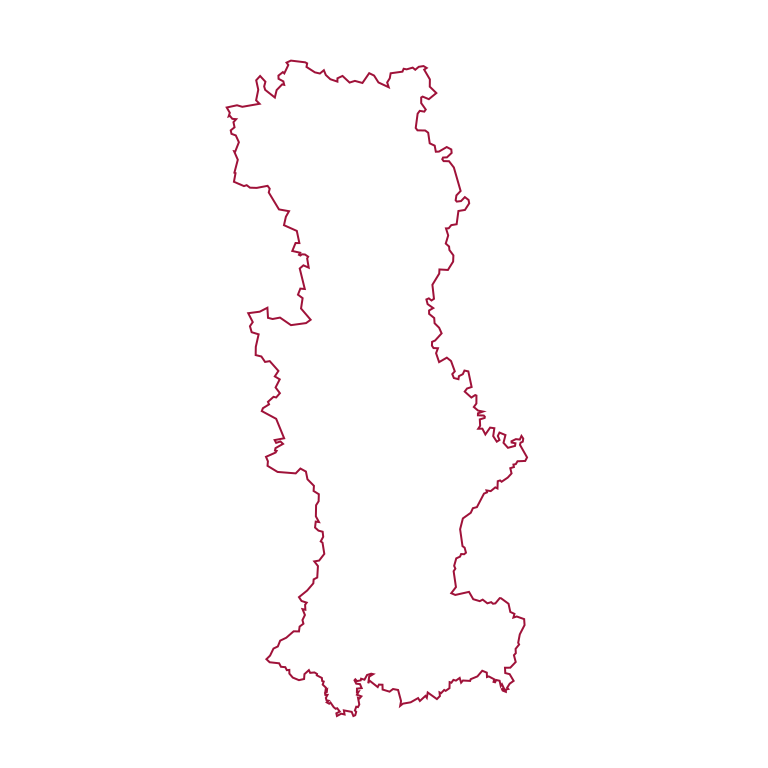 the district of Joe Gqabi, Eastern Cape, South Africa, rotated 86°
{"feature_id": "47623444B23123045321242", "entity_name": "Joe Gqabi", "entity_type": "district", "adm_level": 2, "iso_a3": "ZAF", "parent_name": "South Africa", "parent_adm1": "Eastern Cape", "projection": "robinson", "projection_center": [27.656, -30.899], "detail": "fine", "context": "isolated", "style": "outline", "palette": "rose", "viewbox_px": 768, "rotation_deg": 86, "n_neighbors": 0, "source": "geoboundaries", "source_scale": "gbopen_adm2", "svg_char_len": 6097}
<svg xmlns="http://www.w3.org/2000/svg" viewBox="0 0 768 768"><g transform="rotate(86 384 384)"><path d="M628.3,260.6L625.2,267.8L626.0,271.2L622.4,269.9L620.2,273.9L611.9,275.1L605.9,282.2L605.7,283.5L610.6,288.2L610.8,290.6L609.1,292.3L610.0,296.2L606.0,300.6L607.3,303.6L604.9,310.0L597.3,313.7L599.4,327.6L597.4,331.5L591.6,326.4L575.6,327.6L573.2,325.7L570.3,326.7L563.0,324.1L561.5,320.2L559.0,318.9L559.4,315.9L558.0,314.0L552.9,315.0L551.2,317.0L534.2,318.2L523.6,314.7L518.5,306.4L514.1,304.0L513.3,299.9L500.3,291.9L499.3,288.8L497.3,289.2L498.3,285.0L494.9,280.2L496.1,278.1L488.9,277.3L488.3,274.9L489.7,273.5L486.0,267.1L482.1,263.0L476.8,263.9L475.9,260.2L473.4,260.5L473.1,258.1L470.4,256.2L470.6,248.5L467.2,246.4L454.2,252.6L452.1,251.9L451.2,249.6L448.2,248.9L445.4,250.5L448.9,252.4L448.2,256.3L450.0,260.8L451.3,260.8L452.3,257.0L454.9,257.6L456.3,264.8L451.0,268.9L443.4,266.4L440.5,272.2L443.8,274.1L447.9,272.7L449.4,275.5L443.6,278.7L435.8,277.0L434.9,281.2L441.4,286.4L435.4,289.0L435.2,293.1L432.4,291.0L426.0,290.9L424.9,286.0L423.7,285.7L422.4,286.7L421.8,292.5L419.8,292.3L418.4,287.2L417.1,292.0L413.2,296.0L409.9,293.2L402.0,292.6L401.4,293.8L403.6,297.8L397.2,304.0L394.3,301.5L393.1,296.8L377.3,299.0L376.2,302.8L379.7,304.7L381.4,308.7L384.4,309.4L382.9,313.9L378.9,315.2L376.3,312.5L365.8,315.5L362.1,319.5L366.0,327.5L356.9,329.9L352.1,327.7L351.6,332.1L349.1,333.5L345.3,333.1L344.2,330.0L337.5,323.0L331.7,325.1L326.9,329.3L321.7,329.3L317.2,334.1L313.8,333.9L311.7,329.6L307.4,334.9L302.6,335.8L301.7,333.3L304.0,330.8L302.5,328.2L288.4,328.8L277.7,321.2L273.6,320.7L274.7,312.3L266.7,306.5L260.5,305.8L254.9,309.4L251.4,309.5L248.2,312.6L240.3,309.6L233.1,311.3L233.2,308.6L230.2,305.8L229.7,300.4L216.6,297.7L216.0,291.1L209.7,286.4L206.3,286.8L203.2,290.3L206.9,294.4L207.1,298.7L205.7,299.7L200.9,298.6L196.8,294.1L172.9,299.2L166.3,303.6L165.8,309.0L163.8,310.2L162.2,309.3L162.3,305.4L158.2,300.4L154.7,300.5L152.0,304.9L156.0,313.0L155.9,316.1L149.8,316.8L147.1,321.6L136.4,322.4L134.0,325.2L133.3,332.9L130.8,334.5L116.7,331.6L114.0,329.3L115.1,324.8L113.1,323.2L106.4,327.3L100.8,326.9L100.0,325.4L103.0,319.4L97.4,311.5L90.6,317.6L83.3,317.0L73.2,322.0L71.7,319.4L69.6,322.4L70.0,327.2L72.7,330.9L70.4,333.3L71.7,339.5L70.9,342.4L73.7,343.8L74.5,355.7L79.4,356.9L83.4,359.8L88.3,358.6L82.8,368.5L75.6,372.4L72.9,377.1L82.2,384.5L79.6,391.9L80.9,397.3L73.8,403.9L75.8,409.1L79.1,409.4L76.2,416.3L71.7,420.5L66.8,422.1L69.8,426.3L68.3,431.2L62.3,439.2L58.8,438.3L57.6,440.2L54.9,454.3L56.6,458.8L59.1,457.2L67.2,461.8L65.8,463.1L69.0,467.8L72.2,467.9L75.1,463.3L78.6,462.7L78.0,464.7L83.3,470.6L90.6,472.9L82.3,482.0L78.8,482.8L74.2,481.2L68.1,486.1L72.1,490.3L81.7,488.9L92.1,491.8L95.8,488.6L97.6,506.0L95.7,511.2L97.2,521.6L102.7,518.9L106.2,520.3L105.8,519.0L108.9,516.8L109.5,513.0L112.3,515.9L117.5,515.2L120.3,519.2L123.8,518.7L125.7,514.5L132.7,511.9L141.7,516.2L141.4,517.3L150.1,514.2L162.8,518.5L163.3,517.4L171.8,519.6L176.8,509.9L176.1,507.1L178.8,504.0L179.5,497.3L178.2,486.3L181.2,484.4L184.9,485.6L202.5,476.6L205.0,466.7L210.3,470.2L218.6,472.7L225.2,460.3L237.5,458.6L237.2,462.4L244.9,466.2L247.2,458.5L249.2,459.8L250.0,458.4L248.9,456.9L249.3,453.8L251.7,450.8L253.4,451.9L262.7,451.0L260.0,456.1L262.9,460.0L283.7,456.4L283.0,460.8L288.9,463.6L292.7,459.2L302.9,461.5L314.8,452.7L317.8,457.5L318.8,472.7L310.5,483.1L311.4,490.6L309.9,495.1L299.8,495.0L303.2,502.9L303.9,514.5L313.1,510.6L317.0,513.7L323.1,512.4L325.7,505.6L338.0,509.3L346.2,510.0L348.0,504.4L353.7,501.1L353.2,496.4L363.6,488.4L368.8,492.4L372.1,487.7L379.9,492.4L385.9,488.5L389.9,492.5L389.1,495.1L393.7,501.0L396.3,500.1L399.7,506.5L402.5,507.8L411.2,494.0L431.2,487.4L432.3,497.0L435.2,495.7L434.1,491.3L436.7,488.9L440.4,496.7L442.7,497.4L443.2,495.8L444.8,496.9L448.4,506.8L453.0,505.2L457.5,505.9L464.3,496.3L467.0,478.3L462.5,473.3L465.9,468.0L473.7,467.0L480.7,461.0L485.8,461.7L489.4,456.7L496.4,457.4L500.2,460.2L511.3,461.2L517.2,458.5L516.5,461.7L522.4,462.8L525.7,459.6L527.1,455.5L532.2,455.3L536.6,458.1L538.0,456.4L549.3,455.4L555.6,461.0L556.1,465.9L561.0,462.6L572.4,464.1L574.0,467.8L577.9,468.4L584.7,475.1L590.7,483.7L594.7,481.4L596.7,476.4L598.7,478.1L603.7,478.2L602.9,481.0L608.9,479.0L613.8,481.8L617.5,481.1L620.1,485.1L624.9,486.1L624.4,491.4L630.3,499.2L632.8,505.5L638.4,508.2L640.2,512.7L647.0,516.6L650.3,520.5L653.6,517.5L655.3,508.1L658.9,506.5L659.6,502.2L662.7,500.9L662.6,498.4L666.3,498.6L670.5,495.5L673.5,489.5L672.7,484.3L667.9,483.6L664.2,478.9L667.0,477.8L666.9,473.5L668.6,471.0L669.9,471.4L672.9,466.5L675.9,466.4L676.6,464.9L679.6,466.1L682.9,463.1L685.7,463.7L684.7,462.1L687.4,462.6L688.2,464.4L690.1,464.2L690.2,462.1L693.1,463.9L695.5,463.4L696.1,461.4L697.6,463.3L699.1,461.0L698.0,459.6L702.9,456.7L704.6,454.9L704.2,453.3L707.7,451.0L709.2,454.5L711.9,454.1L709.9,449.7L710.9,446.4L706.8,446.8L708.8,439.1L713.1,437.7L712.4,435.8L709.1,434.6L707.7,435.8L704.0,434.2L704.5,432.5L702.0,431.0L695.3,431.8L696.0,430.4L694.0,428.4L692.1,432.7L689.0,430.7L689.4,432.5L686.0,432.2L685.8,427.5L681.7,428.9L681.0,432.6L677.5,434.1L676.6,433.2L678.5,431.6L678.0,427.9L676.4,427.4L677.6,424.1L673.1,421.2L672.1,417.0L672.7,415.0L674.9,419.2L681.4,420.6L678.9,419.1L685.9,411.4L683.5,410.0L683.9,406.5L688.7,406.7L691.3,399.9L688.9,396.3L690.2,391.3L701.5,389.1L706.2,390.3L704.2,387.4L703.4,379.6L699.7,371.9L702.7,370.3L698.0,364.4L700.0,363.2L694.8,361.9L702.0,353.2L699.2,350.0L695.5,350.1L696.4,348.6L693.4,345.3L694.4,343.9L692.0,339.9L686.0,339.3L686.7,337.6L684.0,335.4L684.9,332.9L682.5,329.0L687.3,327.9L685.3,325.9L686.2,318.8L684.5,318.1L682.2,311.2L676.9,306.0L679.1,301.6L683.5,301.7L683.0,299.9L686.3,294.6L688.8,295.5L689.3,294.0L687.1,292.7L688.1,289.4L693.4,288.6L691.7,287.3L698.7,284.5L695.8,288.0L698.1,287.0L699.6,283.9L697.3,283.7L696.9,281.3L695.5,282.3L691.7,279.5L689.2,275.4L682.2,278.9L680.8,283.2L675.5,283.1L675.8,277.8L670.5,272.0L663.6,273.3L661.7,271.3L657.4,271.2L653.3,267.4L651.5,268.2L643.2,266.0L634.3,260.6L628.3,260.6Z" fill="none" stroke="#9f1239" stroke-width="2"/></g></svg>